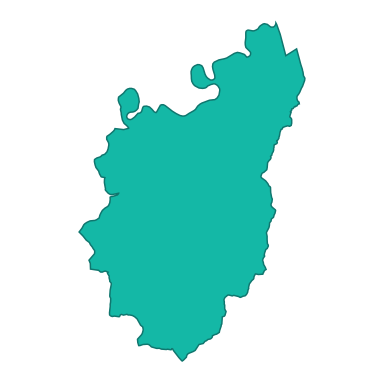 outline of Brateiu, Sibiu, Romania
{"feature_id": "2599482B71061319196345", "entity_name": "Brateiu", "entity_type": "district", "adm_level": 2, "iso_a3": "ROU", "parent_name": "Romania", "parent_adm1": "Sibiu", "projection": "albers", "projection_center": [24.424, 46.155], "detail": "fine", "context": "isolated", "style": "filled", "palette": "teal", "viewbox_px": 384, "rotation_deg": 0, "n_neighbors": 0, "source": "geoboundaries", "source_scale": "gbopen_adm2", "svg_char_len": 5982}
<svg xmlns="http://www.w3.org/2000/svg" viewBox="0 0 384 384"><path d="M216.7,334.1L219.3,332.4L219.6,330.7L221.1,326.2L221.3,324.6L221.8,324.1L222.3,316.9L224.4,316.1L224.9,315.5L226.0,311.8L226.0,311.2L225.5,310.7L224.7,308.8L224.7,305.0L224.3,304.4L224.3,301.7L223.9,299.8L224.9,297.5L227.7,295.2L228.9,295.0L232.2,295.9L233.6,295.4L234.4,295.5L238.5,296.5L240.0,297.3L240.7,297.3L243.1,296.2L245.1,295.8L246.4,294.6L247.6,292.4L248.1,289.7L248.7,288.6L248.6,287.2L249.4,283.9L251.8,280.6L253.5,279.1L253.8,278.4L254.0,276.6L255.3,274.1L255.6,273.9L258.3,274.5L262.7,274.2L263.0,274.0L263.1,273.0L263.6,272.6L263.8,271.7L264.6,270.5L265.3,269.9L266.1,269.5L265.3,267.4L263.6,264.4L263.4,262.8L262.6,260.1L263.3,258.1L264.6,256.3L264.6,255.8L264.2,255.4L264.6,253.0L265.8,249.5L267.2,248.5L268.3,246.1L268.3,245.5L268.0,244.5L267.4,243.8L267.1,239.5L267.1,236.2L266.5,233.4L266.5,232.3L268.9,227.7L269.4,225.5L269.6,222.8L271.0,221.2L271.4,219.0L273.5,217.3L274.2,214.7L274.9,213.5L275.6,210.6L275.4,209.9L272.2,207.2L271.4,206.2L271.1,205.4L271.0,204.5L271.3,203.3L271.9,202.1L272.3,199.1L271.6,197.4L270.7,192.6L270.5,187.4L270.0,186.6L268.9,185.9L267.9,183.7L265.6,180.8L261.4,177.7L261.0,176.8L261.0,176.0L261.9,173.5L262.4,173.0L263.9,172.3L266.8,169.7L267.2,167.5L267.6,162.6L269.1,160.5L270.1,159.6L270.8,158.5L271.0,157.4L270.6,156.7L270.6,156.3L271.7,155.4L272.2,153.3L273.2,151.7L273.7,149.9L273.6,148.5L274.0,147.4L274.0,146.1L274.2,144.9L276.8,143.6L277.2,142.9L277.3,142.2L276.7,141.0L276.9,140.6L277.4,140.5L278.8,138.5L278.9,137.5L279.5,135.5L280.0,132.3L281.1,129.4L282.2,129.0L282.8,127.5L284.7,126.7L287.6,125.8L289.7,126.3L291.2,125.4L291.7,123.2L291.7,119.8L291.5,118.9L290.5,117.5L289.8,116.9L289.8,116.3L290.8,113.1L290.5,112.1L290.9,112.1L290.7,111.6L291.0,111.5L291.0,111.1L291.5,110.6L291.4,110.2L291.7,109.9L291.8,108.9L293.0,108.6L294.6,106.6L295.4,106.7L295.7,106.2L296.8,106.0L298.0,104.3L298.5,104.1L298.8,103.8L299.3,103.8L299.0,102.1L298.1,101.5L297.3,100.1L297.0,99.0L296.9,97.0L297.2,96.0L298.7,94.0L299.7,92.3L301.5,88.1L302.5,86.4L304.6,80.6L304.9,78.4L304.8,78.0L303.5,75.8L303.0,72.1L302.4,70.1L302.4,69.5L300.8,64.6L296.6,48.9L285.8,55.7L280.2,34.3L276.7,24.5L275.9,23.0L275.8,24.1L274.7,26.1L273.4,27.1L271.2,27.1L270.4,26.8L267.4,24.4L264.4,23.7L263.1,24.0L260.4,25.7L259.4,26.7L258.0,28.9L255.7,30.2L254.0,30.8L252.9,30.9L248.4,30.1L247.6,30.2L246.4,30.9L246.0,31.6L245.8,32.8L245.8,37.7L245.2,42.5L245.3,44.9L245.8,47.2L246.2,47.8L249.9,51.5L250.6,52.7L250.6,54.1L250.1,55.5L249.7,55.9L248.1,56.9L246.7,57.1L244.6,54.6L243.8,54.2L240.0,52.9L237.4,52.4L234.3,53.4L226.7,58.0L224.2,58.8L218.9,59.9L214.3,62.1L212.9,63.8L212.5,66.6L213.0,69.5L214.6,74.8L214.8,76.2L214.9,77.7L214.7,78.4L213.6,79.5L212.4,80.0L210.4,80.0L207.5,78.0L206.2,76.5L205.0,74.1L203.1,67.9L201.9,65.9L201.5,65.6L199.4,64.7L197.5,64.6L194.6,65.9L193.3,66.9L192.4,68.0L191.7,69.5L191.1,71.5L191.1,73.3L191.3,75.4L191.4,78.8L191.8,81.3L193.0,83.7L194.1,85.1L195.2,86.0L199.0,88.0L202.7,88.4L205.1,88.0L206.5,87.3L207.6,86.0L211.0,84.5L213.8,83.8L215.2,84.0L217.0,85.1L218.1,86.2L219.6,88.7L219.8,90.2L219.2,93.9L218.9,95.2L217.1,98.0L214.9,99.6L209.5,100.2L201.8,103.1L199.9,104.2L197.7,106.1L195.5,109.4L193.8,110.7L189.2,113.3L185.9,115.5L184.3,116.0L182.7,116.1L180.0,115.5L176.2,113.6L172.5,111.3L165.3,105.7L163.6,104.8L161.9,104.7L160.4,105.2L156.8,111.7L156.0,112.6L154.2,111.9L152.0,109.3L149.5,107.0L146.6,106.1L144.0,106.3L143.4,106.6L143.0,107.2L142.6,108.0L141.7,111.2L140.9,112.3L139.7,113.1L138.0,113.3L134.6,117.1L131.9,119.1L130.7,119.6L128.9,119.4L127.7,118.8L126.8,117.4L126.7,116.5L126.9,115.3L127.8,113.7L128.7,112.9L130.2,112.2L132.9,112.0L134.7,111.4L136.5,110.1L138.0,108.3L138.6,104.0L139.2,101.9L138.8,98.4L137.6,93.9L135.5,90.5L134.2,89.2L131.5,88.4L129.7,88.4L127.4,89.1L125.7,90.4L123.5,93.2L118.6,97.1L118.3,98.9L118.3,100.5L119.2,103.3L120.9,106.5L120.9,107.9L120.5,109.0L120.5,109.7L121.2,112.8L121.3,114.6L122.4,120.0L124.1,123.4L126.7,125.6L128.5,127.6L128.6,128.3L123.7,129.6L115.0,128.6L114.3,130.2L113.2,131.4L109.9,134.3L107.0,136.3L106.7,137.2L106.7,139.3L108.4,142.4L108.8,143.9L108.8,145.1L108.1,148.9L107.0,151.8L104.7,154.3L102.0,155.2L101.0,156.3L99.9,157.0L97.0,157.9L94.8,159.3L94.5,159.7L94.4,161.7L95.1,164.9L96.0,167.6L98.6,171.0L99.5,173.8L100.8,176.2L101.3,176.9L104.9,177.6L104.5,179.3L104.4,181.3L104.4,182.7L105.5,188.9L105.3,189.7L105.6,190.4L108.3,193.3L110.4,194.5L112.6,194.5L118.3,193.3L118.7,193.2L118.7,193.4L117.5,194.9L112.9,196.4L111.2,196.6L110.1,197.2L110.2,199.5L109.8,202.7L108.6,205.5L107.5,206.6L105.0,208.1L102.4,210.4L100.9,213.0L99.8,215.4L99.2,217.9L96.8,219.6L95.0,220.4L90.1,220.9L87.2,222.2L85.0,223.6L83.8,224.8L82.0,228.2L79.1,232.0L83.0,236.0L86.3,240.2L89.4,242.5L90.4,244.7L92.2,246.9L93.1,248.5L94.6,250.6L94.7,251.6L94.6,253.3L94.3,254.0L89.0,260.2L90.3,263.4L90.5,269.1L98.6,270.3L100.5,272.0L102.2,272.1L104.5,271.2L105.5,271.1L108.1,272.2L107.5,272.8L107.6,273.5L109.1,276.0L109.2,276.8L109.1,277.8L109.8,280.7L109.8,281.4L111.2,283.1L111.3,283.7L111.2,284.9L110.2,290.0L109.8,295.6L109.9,296.8L110.4,297.6L110.7,298.5L110.6,302.0L110.2,304.2L110.2,306.6L109.5,312.8L109.6,314.9L110.5,315.8L112.2,316.5L114.5,316.1L118.6,316.7L119.5,316.6L120.3,314.9L121.4,314.4L123.5,315.1L126.9,314.3L128.2,315.0L130.0,315.0L132.4,315.5L134.6,316.7L137.1,318.9L140.6,325.2L142.7,326.9L143.2,329.4L143.1,330.4L142.3,333.4L141.3,335.0L137.6,339.1L137.5,339.4L137.8,342.6L138.7,345.6L139.8,345.6L143.0,344.5L147.4,344.2L149.0,344.7L149.9,345.4L151.4,346.9L156.7,348.4L159.4,348.3L161.3,349.1L166.2,349.5L167.6,349.2L171.0,349.8L171.3,349.6L171.8,348.7L172.2,348.7L172.6,348.9L173.5,350.6L179.0,357.7L181.6,360.6L182.2,361.0L183.4,360.2L186.4,357.2L186.7,355.6L187.5,354.2L188.8,353.3L193.3,351.5L195.2,350.4L199.0,344.5L203.2,343.5L205.1,341.2L206.5,340.7L207.8,339.5L210.5,338.9L211.6,338.0L212.3,337.0L212.5,335.7L214.8,334.6L216.7,334.1Z" fill="#14b8a6" stroke="#0f766e" stroke-width="1.5"/></svg>